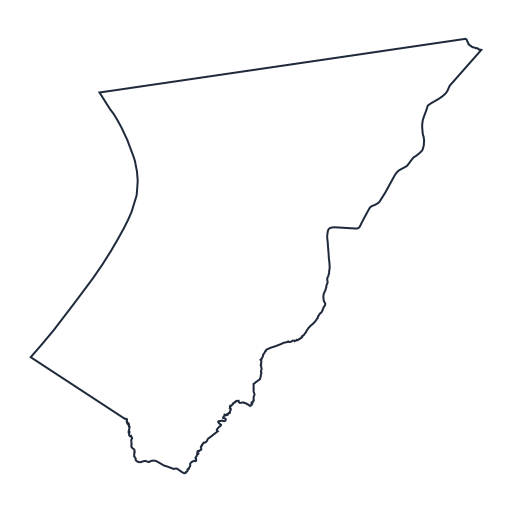 Chiengi, Luapula, Zambia
{"feature_id": "96606910B82152127957425", "entity_name": "Chiengi", "entity_type": "district", "adm_level": 2, "iso_a3": "ZMB", "parent_name": "Zambia", "parent_adm1": "Luapula", "projection": "albers", "projection_center": [29.176, -8.776], "detail": "fine", "context": "isolated", "style": "outline", "palette": "slate", "viewbox_px": 512, "rotation_deg": 0, "n_neighbors": 0, "source": "geoboundaries", "source_scale": "gbopen_adm2", "svg_char_len": 6051}
<svg xmlns="http://www.w3.org/2000/svg" viewBox="0 0 512 512"><path d="M449.7,85.7L481.3,49.9L480.5,49.7L480.4,49.9L479.0,49.6L478.8,49.2L478.4,49.0L478.1,48.7L477.2,48.4L477.0,48.1L476.4,48.2L475.7,48.1L474.5,47.6L473.5,47.4L472.0,46.9L470.9,45.9L470.3,45.7L469.7,45.3L469.4,44.6L468.6,44.4L468.2,43.5L468.1,42.5L467.3,41.6L466.9,40.0L466.1,39.4L465.7,38.8L99.5,92.5L110.0,109.1L113.6,113.9L117.6,120.5L121.4,127.4L127.3,140.0L133.5,156.5L134.9,160.9L137.0,171.7L137.7,181.0L137.2,188.5L136.7,194.8L136.4,196.1L131.6,211.8L128.1,219.8L124.2,227.6L118.2,238.5L111.0,250.9L102.6,264.2L93.7,277.2L88.7,284.0L73.2,304.7L53.7,330.2L42.1,344.1L30.7,357.2L123.9,418.2L124.8,418.5L125.0,418.9L125.6,418.8L126.4,419.1L126.7,419.0L127.0,419.3L127.0,419.6L126.9,419.7L126.8,420.2L126.8,420.6L126.7,421.3L127.0,421.4L127.0,421.8L126.9,422.0L127.1,422.5L127.1,423.0L127.4,423.5L127.6,423.1L128.2,423.0L128.7,423.6L129.0,424.4L128.8,426.3L128.9,426.5L129.4,426.5L129.6,426.7L129.5,427.0L129.2,426.8L129.2,427.0L129.3,427.2L129.4,428.9L129.0,429.8L128.7,431.4L129.2,431.5L129.6,432.0L129.4,432.4L129.1,432.5L129.0,432.8L128.8,432.9L129.3,434.0L129.1,434.7L129.1,435.1L129.3,435.5L129.7,435.8L130.1,436.3L131.1,435.9L131.4,436.9L131.8,437.3L131.8,437.7L132.1,438.1L132.1,438.5L131.5,439.3L131.2,440.2L131.5,443.6L131.7,444.3L131.6,444.7L131.3,445.1L131.4,446.7L131.6,447.2L132.0,447.5L132.6,448.4L134.0,449.3L134.5,450.1L134.4,451.3L134.6,451.4L134.6,451.6L134.4,451.7L134.6,452.5L134.4,452.6L134.3,453.2L134.2,455.7L134.1,456.2L134.5,456.7L135.6,458.4L135.7,460.0L136.2,460.6L137.4,461.6L138.8,462.1L141.0,462.1L143.1,461.3L145.4,460.9L148.0,461.9L149.3,462.0L150.3,461.2L152.5,460.7L154.6,460.6L156.9,461.4L164.3,465.7L166.6,466.3L173.9,469.0L175.0,468.6L176.3,468.5L177.4,468.9L182.4,472.4L184.1,473.2L184.5,473.2L185.9,472.7L185.8,472.1L186.9,471.5L187.5,470.9L187.7,470.5L187.4,469.7L187.5,469.4L187.6,469.2L188.4,469.0L189.0,468.7L188.9,468.1L190.2,466.0L190.3,465.5L190.1,464.0L190.5,463.2L191.1,462.4L192.9,461.3L193.5,461.2L193.8,460.9L194.5,460.8L195.3,461.2L195.9,461.0L196.2,460.4L196.0,459.7L196.1,458.7L195.6,458.2L195.5,457.5L196.1,457.0L196.6,456.2L196.9,454.9L197.1,454.5L197.6,454.4L198.3,454.0L198.4,453.6L198.1,453.3L197.5,453.4L197.3,453.2L197.5,451.5L197.7,451.2L198.3,450.8L199.0,450.9L199.2,451.1L199.3,451.0L200.1,450.2L200.8,449.9L201.3,449.5L201.0,447.5L200.8,447.0L201.4,446.0L201.6,446.0L201.7,445.6L202.0,445.4L201.9,444.9L202.9,444.0L203.4,442.8L203.5,442.7L204.0,442.5L204.4,442.7L205.6,442.3L206.7,441.3L207.9,438.9L208.5,438.3L209.9,437.4L217.7,431.3L217.0,430.8L216.8,429.8L217.1,429.2L219.1,426.9L220.2,426.1L221.0,425.3L221.1,424.9L219.3,423.5L218.5,422.6L218.2,421.5L218.6,421.2L219.9,421.1L222.1,420.6L223.3,421.1L224.6,421.1L225.3,420.7L225.7,420.0L225.8,419.3L225.5,418.8L224.7,418.3L223.3,418.1L223.2,417.2L223.7,416.6L224.5,415.3L224.6,414.6L225.3,414.8L225.7,415.4L225.9,415.4L226.7,415.1L226.9,414.5L227.1,414.6L227.2,414.8L227.4,414.9L227.6,414.9L227.9,414.4L227.8,413.9L228.5,413.2L229.7,413.1L229.9,412.8L229.7,412.5L229.9,412.3L229.9,411.3L230.3,410.8L230.6,410.2L230.4,409.2L230.8,408.9L230.5,408.3L230.0,408.1L230.2,407.8L230.0,407.4L229.9,406.4L230.3,406.0L230.3,405.8L231.2,405.8L231.4,405.7L231.5,405.2L232.2,404.8L232.5,404.3L233.0,404.1L233.0,403.5L233.2,403.4L233.7,402.9L234.6,402.6L234.8,402.1L235.2,402.0L235.6,401.4L236.1,401.4L236.2,401.2L237.0,400.8L237.8,400.9L238.6,400.8L238.7,401.8L239.0,402.0L239.3,402.5L239.8,402.9L240.3,402.9L243.1,402.4L243.4,402.6L243.9,402.6L244.2,403.0L244.8,403.0L246.6,403.6L247.0,404.2L247.8,404.2L248.8,405.2L249.7,405.5L250.0,405.9L250.4,405.4L251.1,405.3L251.5,405.2L251.5,403.9L252.0,403.9L252.2,403.7L252.4,403.4L252.4,402.7L252.3,402.4L252.0,402.2L252.9,401.7L253.0,401.3L253.4,401.3L253.8,400.3L253.9,400.0L253.6,399.6L253.5,398.5L253.8,396.3L254.2,395.7L254.5,394.6L254.4,393.8L253.7,391.9L253.5,390.5L253.8,389.0L253.4,387.8L253.7,386.7L253.5,384.0L254.4,383.4L256.3,381.8L256.9,381.5L257.9,380.6L259.0,379.9L259.8,379.3L260.0,378.9L260.7,376.6L261.0,374.1L261.4,373.4L261.3,372.7L261.0,372.2L261.0,371.2L261.5,369.6L261.5,369.1L261.6,368.6L261.2,367.0L261.2,366.1L260.7,365.4L260.8,364.8L261.2,364.3L261.0,363.1L261.3,362.3L261.4,361.3L261.0,360.4L260.5,359.8L260.8,359.4L261.4,359.5L261.5,359.2L263.0,356.0L263.2,354.6L263.7,353.8L264.3,353.3L264.8,352.0L265.0,351.6L265.8,351.0L265.8,350.4L267.1,349.3L269.2,348.4L271.3,347.5L274.9,346.4L281.7,343.8L283.2,342.9L286.2,342.3L287.6,341.9L288.1,341.4L288.5,341.5L288.8,341.9L290.1,342.0L291.7,341.4L292.9,340.6L294.3,340.7L294.7,341.1L295.0,340.7L295.8,340.7L296.8,339.8L297.3,340.2L297.7,340.1L298.8,339.5L299.0,339.1L300.0,338.8L300.5,338.2L301.2,338.0L301.5,337.7L301.5,337.3L302.1,337.0L302.0,336.6L302.1,336.3L302.4,336.4L302.9,335.7L303.8,335.0L305.6,332.6L306.1,332.1L306.4,331.1L308.7,327.7L309.4,327.1L310.2,326.1L311.0,325.4L312.5,324.2L315.2,321.5L317.2,318.5L317.7,318.2L317.9,316.6L318.2,316.5L318.6,315.6L320.0,313.5L320.5,313.0L321.1,312.8L322.1,311.3L322.6,310.1L322.6,309.7L323.3,308.4L323.4,307.6L325.0,305.4L325.3,303.9L324.7,302.4L323.8,301.1L323.3,296.1L323.7,294.2L324.1,293.2L324.3,292.3L325.2,290.8L325.6,289.6L325.9,288.2L326.2,287.6L326.5,285.2L327.6,282.8L327.2,278.4L328.4,275.7L329.1,273.1L329.2,270.8L329.7,267.8L329.4,262.5L328.8,257.5L328.6,253.5L328.0,246.5L327.7,241.9L327.3,239.0L327.2,236.2L327.3,234.6L327.9,230.8L328.7,229.1L329.8,228.2L330.9,227.7L332.8,227.4L335.3,227.3L356.7,228.6L358.4,228.0L359.4,227.2L360.7,224.9L361.5,223.1L365.0,216.4L369.5,208.2L370.4,207.1L371.8,206.1L372.9,205.6L374.1,205.3L377.1,203.7L378.8,202.5L379.6,201.6L385.2,192.7L394.4,175.9L396.1,173.2L398.4,170.8L400.5,169.5L405.2,167.0L407.1,165.8L413.0,158.0L414.0,157.1L416.2,155.8L419.8,152.9L422.0,150.6L422.5,149.8L423.1,148.0L423.8,145.2L424.1,140.3L423.6,136.8L423.0,134.9L422.7,133.3L422.2,127.5L422.2,124.2L422.8,120.2L423.7,117.2L426.0,111.1L427.8,105.6L431.0,103.3L438.5,99.0L442.3,96.4L444.5,94.5L446.2,92.7L447.4,90.9L449.7,85.7Z" fill="none" stroke="#1e293b" stroke-width="2"/></svg>